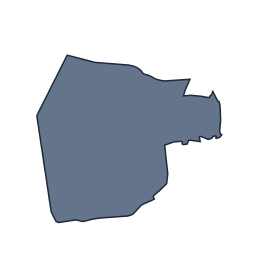 map outline of Al-Muthannia (Natural Earth projection), rotated 76°
{"feature_id": "IRQ-3223", "entity_name": "Al-Muthannia", "entity_type": "Province", "adm_level": 1, "iso_a3": "IRQ", "parent_name": "Iraq", "parent_adm1": "", "projection": "natural_earth1", "projection_center": [45.575, 30.396], "detail": "fine", "context": "isolated", "style": "filled", "palette": "slate", "viewbox_px": 256, "rotation_deg": 76, "n_neighbors": 0, "source": "natural_earth", "source_scale": "10m", "svg_char_len": 1897}
<svg xmlns="http://www.w3.org/2000/svg" viewBox="0 0 256 256"><g transform="rotate(76 128 128)"><path d="M202.8,218.5L201.1,220.5L198.5,221.1L196.0,221.7L195.0,221.9L193.4,222.2L190.9,222.8L184.7,222.2L180.2,221.8L175.8,221.4L171.3,220.9L166.8,220.5L160.8,219.9L154.8,219.3L148.8,218.8L142.8,218.2L136.8,217.6L130.8,217.0L124.8,216.5L118.8,215.9L114.1,215.4L109.5,215.0L104.8,214.5L100.2,214.1L94.8,213.6L94.4,213.4L94.0,213.3L93.7,213.1L93.3,212.9L88.8,209.1L83.2,204.3L77.7,199.5L72.1,194.7L66.5,190.0L59.9,184.2L53.2,178.5L46.5,172.7L42.7,169.4L43.4,168.0L56.3,144.3L67.0,112.4L69.0,108.1L71.5,104.8L72.4,103.8L75.3,101.6L78.8,100.1L79.2,99.8L82.0,95.1L84.3,92.3L87.0,89.7L89.8,84.6L91.2,81.2L95.7,56.1L105.6,63.7L110.3,66.4L111.5,59.0L115.2,48.6L117.0,44.9L117.9,42.3L118.0,41.2L116.7,40.6L116.3,39.9L116.1,39.1L115.7,38.5L115.3,38.2L114.3,37.8L113.7,37.5L113.0,36.8L114.4,36.6L123.8,34.3L124.4,33.2L128.6,33.3L142.8,36.2L153.0,39.8L155.5,39.7L156.8,39.3L157.3,38.7L159.1,41.0L159.4,42.0L159.4,42.3L159.3,43.3L159.4,44.3L159.4,44.8L159.2,45.1L158.8,45.2L158.2,44.7L157.9,44.5L157.5,44.4L157.2,44.6L156.9,45.2L156.6,46.7L156.6,47.4L156.8,47.8L157.1,47.9L157.4,48.0L157.7,48.5L158.1,49.3L158.4,51.4L158.5,52.4L158.3,53.2L154.3,58.5L153.7,59.8L153.8,60.8L155.5,61.1L158.7,61.2L155.3,69.5L154.7,71.8L154.8,72.5L155.9,73.0L156.2,73.3L156.8,73.8L157.3,74.1L157.7,74.3L157.9,75.0L157.8,76.2L157.4,78.4L157.0,79.1L156.3,79.3L155.1,78.8L154.3,78.9L153.8,79.9L153.5,81.7L153.2,83.0L153.0,85.1L152.6,86.7L153.5,96.6L182.1,100.5L191.4,104.0L196.8,113.3L199.2,118.5L199.9,119.5L200.6,120.1L201.4,120.1L203.3,119.6L204.3,124.0L205.3,130.6L205.8,132.6L206.5,134.4L212.3,143.2L212.8,144.5L213.2,146.0L213.3,147.8L213.3,149.8L208.6,176.8L207.9,183.9L207.9,193.1L207.7,194.9L205.5,198.9L204.8,200.5L204.4,202.3L203.1,216.7L202.8,218.4L202.8,218.5Z" fill="#64748b" stroke="#1e293b" stroke-width="1.5"/></g></svg>